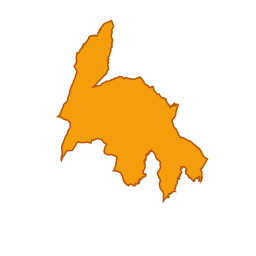 the district of Primavera do Leste, Mato Grosso, Brazil, rotated 312°
{"feature_id": "56859067B43692154128768", "entity_name": "Primavera do Leste", "entity_type": "district", "adm_level": 2, "iso_a3": "BRA", "parent_name": "Brazil", "parent_adm1": "Mato Grosso", "projection": "natural_earth1", "projection_center": [-54.218, -15.14], "detail": "fine", "context": "isolated", "style": "filled", "palette": "amber", "viewbox_px": 256, "rotation_deg": 312, "n_neighbors": 0, "source": "geoboundaries", "source_scale": "gbopen_adm2", "svg_char_len": 5905}
<svg xmlns="http://www.w3.org/2000/svg" viewBox="0 0 256 256"><g transform="rotate(312 128 128)"><path d="M85.1,164.6L85.5,166.9L85.8,167.2L86.6,166.7L88.5,167.7L88.8,169.7L88.5,170.1L89.5,171.7L90.6,171.8L91.5,170.9L91.4,171.5L92.2,172.0L92.9,171.9L94.0,173.3L94.4,173.3L94.8,172.7L94.8,171.6L95.2,171.7L95.5,172.2L96.5,172.3L96.9,171.6L97.0,170.8L97.7,170.6L97.8,171.7L98.4,171.9L98.7,171.4L99.3,171.6L99.6,172.2L101.1,171.5L102.2,172.7L103.9,173.3L105.3,172.5L104.9,172.1L105.4,171.4L104.5,170.7L104.4,170.0L104.6,169.5L105.4,169.2L106.0,167.9L107.6,167.9L109.2,167.5L111.6,166.0L112.8,164.4L113.1,163.1L113.7,163.3L114.1,162.8L114.3,162.0L115.1,162.1L115.6,162.9L116.0,162.7L116.0,161.9L116.7,162.4L117.3,161.4L118.1,161.2L118.8,160.5L119.5,160.5L120.3,159.2L120.7,159.4L120.7,160.2L122.0,159.6L122.2,160.0L122.0,160.6L122.2,161.0L123.4,160.6L124.5,159.6L125.0,159.6L124.8,160.2L125.3,160.7L126.4,160.6L126.7,160.0L127.2,160.4L126.8,161.0L127.2,163.9L125.7,167.2L125.0,167.8L124.5,169.5L124.3,171.3L124.7,172.7L124.2,175.2L122.7,175.9L120.5,178.5L118.6,179.3L115.1,179.6L113.9,180.3L112.8,182.4L112.6,183.3L111.8,184.0L111.5,185.8L110.7,187.2L110.0,187.9L108.7,187.9L108.2,188.4L107.6,188.6L104.9,192.0L104.6,192.9L104.1,195.6L103.6,197.3L103.0,198.3L97.3,203.2L101.3,202.8L102.4,203.1L102.7,203.6L103.5,203.3L103.9,203.9L103.7,204.7L104.3,204.6L104.6,204.1L104.4,203.1L106.4,202.3L106.9,202.8L107.0,203.5L108.2,203.7L108.6,203.3L109.5,203.9L109.9,203.8L111.7,204.7L112.3,205.4L112.3,204.9L114.3,203.5L114.8,203.5L117.9,201.9L119.9,201.4L123.9,199.2L124.6,199.1L124.6,200.0L125.0,199.7L125.2,198.7L125.8,198.4L127.6,199.0L128.0,198.8L128.3,197.4L128.8,197.3L130.0,197.9L130.8,197.9L132.0,195.7L132.0,194.9L132.9,194.7L133.9,195.1L134.2,193.6L134.7,193.6L135.3,193.9L135.6,195.0L136.3,195.0L136.7,195.6L136.9,197.8L136.7,198.8L135.7,199.6L135.0,199.3L134.5,199.5L134.0,200.3L133.0,201.0L132.8,201.5L133.0,204.8L132.7,205.4L132.2,205.4L131.9,206.8L132.8,207.1L132.7,208.4L132.9,208.9L132.3,210.2L132.5,211.4L132.3,212.6L133.5,212.8L134.4,211.9L134.9,211.9L136.8,212.3L136.8,213.6L137.6,213.7L138.1,213.0L139.5,213.2L139.9,213.7L139.4,214.3L138.0,215.4L136.1,215.9L136.8,217.1L136.6,217.8L138.3,217.8L139.5,216.6L140.6,216.4L141.4,215.6L142.3,214.5L144.5,212.6L145.4,210.9L145.7,209.5L147.8,210.0L158.2,207.8L157.5,205.1L157.8,201.8L158.6,200.6L160.2,195.7L160.4,194.3L160.0,192.7L160.3,190.9L160.0,190.4L160.0,187.1L159.7,186.6L160.0,185.1L159.8,182.8L158.7,180.6L158.1,176.9L157.3,174.8L156.4,173.6L156.6,171.4L156.4,170.4L157.2,169.3L157.3,168.4L158.0,168.1L159.5,163.8L159.3,162.2L159.5,160.8L160.1,159.9L160.7,159.7L162.0,157.3L163.1,156.0L164.4,155.2L166.1,155.6L169.2,154.9L173.1,152.2L175.2,151.4L176.3,150.6L176.8,150.7L178.6,150.1L178.7,149.2L178.2,148.2L176.5,148.1L176.3,147.6L177.5,146.5L177.4,146.0L177.0,145.8L175.2,145.8L175.0,147.0L174.5,146.9L173.5,145.2L172.1,145.7L171.8,146.1L171.5,145.8L171.9,144.2L172.9,142.6L172.5,142.3L172.8,141.9L172.6,140.9L174.1,137.4L174.5,137.3L174.4,136.6L174.8,136.5L174.7,135.2L174.4,134.6L173.9,134.3L173.5,133.1L173.0,132.6L173.2,130.8L174.1,128.3L172.6,127.3L172.6,126.7L173.3,124.7L173.2,124.1L172.8,123.6L172.9,123.0L173.6,121.6L175.5,119.4L175.4,118.5L173.8,117.5L173.1,117.7L172.3,116.8L172.8,114.5L172.7,113.7L172.3,113.5L172.4,112.4L172.1,112.1L172.1,110.8L172.7,109.0L173.2,108.5L173.1,107.8L173.6,106.3L173.4,105.7L173.8,105.2L173.9,103.0L173.1,102.2L171.9,102.0L170.3,100.9L168.8,100.3L167.7,99.0L167.1,98.8L166.6,97.2L165.6,95.6L164.7,95.2L164.7,93.9L164.1,92.6L163.6,92.4L162.7,92.6L162.2,92.3L161.9,91.4L162.4,90.1L160.6,87.4L158.3,86.4L155.6,84.7L153.9,84.4L153.5,83.9L150.3,82.6L149.0,81.2L147.6,80.4L146.6,80.3L143.6,79.0L142.2,79.2L140.9,78.9L139.1,77.1L137.7,76.4L135.4,74.8L151.2,75.2L153.5,75.7L154.1,75.6L155.6,74.6L157.0,74.3L158.5,74.3L160.5,72.3L160.9,71.4L162.2,69.9L162.9,70.1L163.1,69.6L164.4,69.0L164.7,67.3L166.4,67.7L166.5,67.1L167.4,65.9L167.9,65.7L168.5,66.0L169.7,65.6L170.3,65.3L170.9,64.6L174.2,63.5L174.6,62.4L175.8,61.8L176.9,62.1L177.5,61.9L178.8,60.3L179.2,60.5L180.6,58.7L181.5,58.9L182.1,58.1L183.1,57.8L184.5,54.6L187.4,52.6L188.9,51.9L189.9,50.1L191.1,50.1L194.0,49.2L194.9,47.3L196.3,45.1L196.6,43.9L196.4,43.5L193.6,42.5L191.2,41.1L188.6,40.4L187.5,41.0L185.7,40.6L183.3,41.5L182.9,41.0L182.2,41.1L182.2,42.0L180.8,41.5L179.2,42.2L178.1,42.3L176.6,43.2L175.5,43.2L175.1,42.2L174.7,41.9L174.7,41.2L173.2,40.4L172.7,39.5L170.0,38.2L169.4,38.2L168.0,39.0L163.2,39.5L162.3,40.0L161.0,38.8L160.3,38.7L159.7,39.4L159.2,39.3L157.7,40.2L157.4,39.7L156.9,39.7L156.2,40.5L155.6,40.5L154.9,40.0L151.0,41.0L149.8,40.0L149.2,40.0L148.8,40.9L147.8,41.0L146.9,41.9L145.4,42.4L144.0,44.7L142.8,45.1L141.8,46.0L138.3,46.5L137.5,47.3L137.2,48.9L135.9,52.2L135.1,52.7L132.1,53.9L129.6,55.3L126.8,55.9L126.1,56.5L123.0,57.4L122.2,57.9L121.1,58.0L118.5,59.3L118.1,59.2L115.4,60.6L114.5,61.8L111.4,62.4L110.5,63.2L109.5,63.5L107.5,65.0L102.8,64.5L99.3,66.1L96.2,66.9L95.2,67.5L93.6,67.7L92.2,68.7L89.4,68.2L91.1,70.5L91.4,73.6L92.3,76.2L93.0,76.8L93.4,78.0L93.1,81.3L92.5,82.1L89.6,84.7L84.4,85.7L83.6,86.7L80.0,87.2L71.9,90.4L70.5,90.7L67.9,92.9L67.6,93.6L64.7,96.5L62.1,97.8L60.0,99.3L59.4,100.1L63.2,98.8L65.7,98.7L68.6,98.0L70.3,98.1L71.0,98.3L71.9,99.7L74.0,101.4L75.7,101.7L78.3,100.8L79.8,100.9L81.9,100.1L83.9,100.0L86.1,103.4L88.4,105.6L89.4,106.1L90.7,107.8L91.1,109.2L91.9,110.3L92.3,110.5L94.8,109.2L95.9,110.8L96.7,110.7L97.7,111.5L98.9,111.8L99.8,112.6L101.6,115.9L101.5,116.6L101.8,117.1L101.1,118.6L101.2,121.2L101.8,123.1L100.3,123.6L98.9,123.4L97.3,124.6L96.5,124.6L94.3,126.1L93.7,127.4L93.7,128.0L94.8,131.4L97.2,133.5L99.3,139.1L96.3,140.9L95.2,141.9L90.7,144.5L89.6,144.7L87.6,145.9L86.6,145.8L88.9,149.2L89.0,150.4L89.9,152.3L89.7,153.1L88.9,154.1L88.6,156.1L87.0,158.2L85.6,160.8L85.1,164.6ZM124.6,199.1L123.9,198.4L124.4,198.3L124.6,199.1Z" fill="#f59e0b" stroke="#b45309" stroke-width="1.5"/></g></svg>